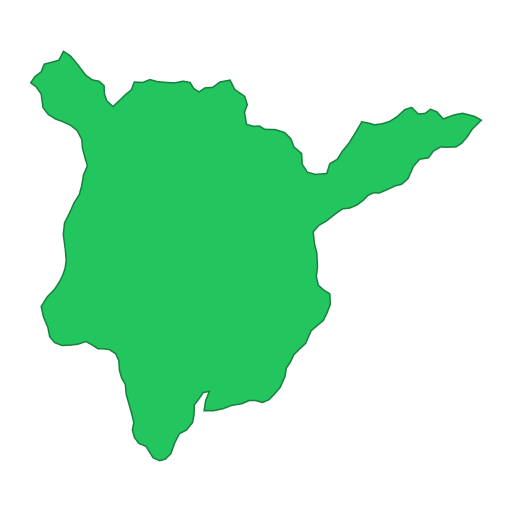 outline of São José do Goiabal, Minas Gerais, Brazil
{"feature_id": "56859067B58749623581662", "entity_name": "São José do Goiabal", "entity_type": "district", "adm_level": 2, "iso_a3": "BRA", "parent_name": "Brazil", "parent_adm1": "Minas Gerais", "projection": "equal_earth", "projection_center": [-42.684, -19.938], "detail": "fine", "context": "isolated", "style": "filled", "palette": "green", "viewbox_px": 512, "rotation_deg": 0, "n_neighbors": 0, "source": "geoboundaries", "source_scale": "gbopen_adm2", "svg_char_len": 2374}
<svg xmlns="http://www.w3.org/2000/svg" viewBox="0 0 512 512"><path d="M30.7,82.8L36.2,86.9L41.2,94.0L43.0,107.6L48.2,114.4L55.3,118.9L63.1,121.8L70.5,125.2L77.2,130.6L81.8,139.5L82.4,147.7L84.6,156.3L87.4,165.8L83.6,174.7L81.6,186.2L79.3,194.6L74.0,203.0L69.6,212.9L64.5,222.9L63.3,234.7L65.3,249.4L66.2,260.1L65.1,268.3L62.7,275.3L59.2,282.3L54.6,289.2L47.1,297.0L41.2,306.6L43.6,317.2L47.9,327.4L49.7,336.8L54.7,342.6L62.0,345.5L71.5,345.0L77.9,344.2L85.9,341.5L92.6,345.2L98.1,348.8L103.6,348.8L109.4,349.6L115.8,353.8L118.8,360.7L119.5,370.6L121.6,377.9L125.3,384.5L126.2,394.4L128.3,401.7L131.4,412.5L133.8,422.5L132.4,430.0L134.5,437.7L139.0,443.5L146.0,446.3L153.1,457.8L159.7,460.7L165.3,459.1L170.8,453.8L174.7,442.8L179.4,433.7L186.6,430.0L192.5,422.5L194.0,415.2L194.3,404.9L199.3,398.4L203.2,392.6L209.3,391.4L205.6,400.9L204.1,410.7L213.5,410.7L222.7,408.8L231.6,405.4L241.8,403.7L249.4,400.5L255.5,400.5L262.5,402.5L268.9,399.7L273.4,395.2L280.2,387.4L285.1,376.2L286.3,368.0L290.3,362.3L293.7,354.9L298.6,349.9L305.6,343.4L311.1,330.8L317.5,325.3L323.3,320.4L326.9,313.2L330.4,304.1L329.8,293.8L323.6,290.0L318.3,285.2L316.3,276.3L317.5,266.7L316.8,253.1L314.4,243.3L313.2,231.8L318.9,225.3L326.3,221.1L335.3,213.9L342.5,208.9L349.9,208.0L357.3,204.8L363.4,200.1L367.9,195.4L373.4,192.8L379.2,193.0L387.2,189.6L395.0,185.9L401.5,184.3L408.0,178.6L413.4,166.3L419.6,159.2L428.4,157.9L433.4,151.1L440.4,146.9L447.1,147.2L455.9,146.9L461.7,143.2L467.0,137.1L472.1,129.3L481.3,120.2L474.8,116.5L469.1,114.9L462.5,113.3L454.1,114.9L443.2,118.9L437.0,112.0L430.5,109.2L425.4,113.3L418.4,114.1L411.6,107.4L404.9,109.6L397.3,116.5L389.6,121.5L381.7,123.9L374.3,124.8L368.6,123.1L361.8,121.8L355.6,132.5L348.7,143.5L342.2,151.4L337.4,159.2L329.8,163.7L326.7,173.6L315.4,174.4L307.4,172.3L302.2,164.2L301.6,153.5L293.9,146.9L290.8,138.7L284.5,132.5L275.4,129.6L264.6,129.3L259.4,126.0L253.7,126.4L246.5,124.4L244.5,112.4L247.3,104.7L244.7,96.4L234.7,89.5L230.1,80.1L220.0,82.0L212.7,87.4L205.0,87.9L199.1,91.9L193.7,88.5L190.1,82.5L183.1,81.2L174.7,82.9L166.9,82.5L157.6,81.7L149.9,79.6L142.7,82.5L134.3,82.0L131.4,89.8L125.3,94.8L120.3,99.7L113.0,106.6L106.8,100.9L104.4,93.7L104.1,85.8L99.2,81.3L92.3,79.9L85.9,75.4L78.1,65.2L70.7,56.2L63.5,51.3L58.9,60.2L51.6,62.3L44.3,64.1L41.2,71.9L34.8,76.7L30.7,82.8Z" fill="#22c55e" stroke="#15803d" stroke-width="1.5"/></svg>